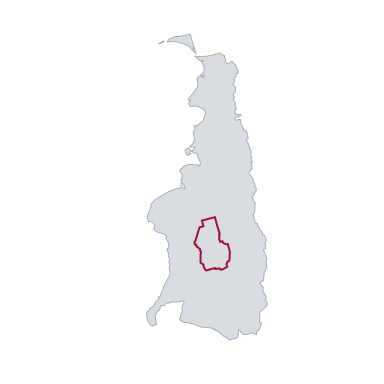 Argentina, with Córdoba highlighted, rotated 165°
{"feature_id": "ARG-1299", "entity_name": "Córdoba", "entity_type": "Province", "adm_level": 1, "iso_a3": "ARG", "parent_name": "Argentina", "parent_adm1": "", "projection": "robinson", "projection_center": [-63.644, -32.213], "detail": "fine", "context": "in_parent", "style": "outline", "palette": "rose", "viewbox_px": 384, "rotation_deg": 165, "n_neighbors": 0, "source": "natural_earth", "source_scale": "10m", "svg_char_len": 6093}
<svg xmlns="http://www.w3.org/2000/svg" viewBox="0 0 384 384"><g transform="rotate(165 192 192)"><path d="M235.9,116.5L233.7,120.2L234.2,122.8L232.1,128.8L232.6,129.9L231.0,132.8L231.5,135.9L230.6,138.8L231.0,142.6L230.3,143.7L228.9,144.0L227.9,149.2L229.0,154.2L228.0,155.1L229.8,158.8L235.5,161.9L238.4,165.2L238.5,166.5L236.9,168.5L236.7,170.2L237.5,172.5L238.9,173.9L241.7,174.8L242.0,178.1L241.5,180.1L236.1,187.5L234.9,190.7L229.9,194.0L217.1,197.8L207.2,199.2L201.6,199.0L197.8,197.4L198.1,201.6L199.9,202.8L199.0,202.9L199.8,203.6L199.3,207.1L198.1,207.7L197.2,210.5L197.3,213.0L198.4,215.0L197.2,217.0L192.9,219.0L187.9,219.5L178.5,216.3L178.9,215.7L178.4,215.5L176.8,216.2L176.2,219.0L177.3,223.3L177.0,227.0L177.5,228.3L181.0,229.7L180.7,231.2L181.8,231.4L184.3,231.0L184.6,229.8L183.3,229.4L186.6,228.4L187.8,230.0L187.9,233.8L187.4,234.8L184.8,235.5L184.0,235.3L182.6,232.6L181.3,232.1L177.7,233.5L177.3,234.4L182.6,236.3L178.7,238.4L175.6,242.0L175.6,248.5L174.9,250.4L172.8,252.1L172.4,253.4L173.1,254.1L172.9,255.3L168.7,254.9L165.8,256.9L163.2,257.6L158.4,264.9L159.2,268.5L164.7,273.7L171.5,275.1L172.3,276.8L172.1,278.8L171.3,280.1L168.8,281.2L171.0,281.2L171.9,282.3L159.9,291.6L158.4,294.3L157.8,299.9L156.9,301.1L154.4,302.1L152.7,301.0L151.4,298.9L151.5,300.6L149.2,301.2L152.0,301.3L153.3,302.6L149.6,304.6L148.6,306.4L148.2,309.0L146.8,310.5L147.9,310.1L149.1,315.1L146.2,315.5L149.8,316.3L154.0,322.0L153.7,322.4L153.5,321.8L142.8,319.3L128.5,318.9L128.6,318.1L125.2,315.1L125.8,312.9L125.2,311.1L125.8,309.4L125.3,307.3L124.0,306.7L119.5,307.8L116.6,302.3L116.7,299.3L115.8,297.4L116.5,294.9L118.9,294.8L119.5,292.1L122.4,290.1L122.4,287.6L124.2,286.2L124.6,284.9L122.8,281.7L123.9,278.2L127.0,275.5L126.6,272.1L128.3,270.4L126.8,265.9L128.5,264.0L127.6,263.0L127.5,260.6L129.3,260.0L130.3,257.4L128.4,255.1L125.1,254.4L124.9,253.1L130.9,253.0L131.6,251.2L131.1,250.0L126.6,249.5L126.5,246.9L127.4,245.3L126.5,243.6L126.8,242.1L125.6,239.9L126.7,238.8L123.6,236.5L123.5,232.7L124.1,231.7L123.6,229.7L126.3,227.8L124.9,224.1L124.9,217.0L124.4,215.1L126.0,212.3L125.1,210.3L126.3,208.9L125.7,205.3L127.1,205.0L128.0,198.7L131.4,196.9L132.1,195.6L129.5,187.7L129.6,184.7L129.1,183.4L129.7,181.6L129.0,179.1L130.0,176.1L132.4,174.8L132.5,173.8L135.0,171.7L134.7,166.7L133.6,164.1L134.8,163.1L135.6,159.3L137.3,155.2L138.9,154.5L138.5,149.8L139.0,145.6L136.9,144.8L137.3,141.8L136.6,141.1L136.1,138.0L134.6,135.2L134.5,133.9L135.3,133.1L133.7,132.0L132.6,129.5L132.8,127.1L133.0,125.5L134.7,124.3L134.4,123.2L135.7,118.3L137.4,118.1L138.2,116.3L137.3,115.4L137.5,112.5L136.7,108.3L138.2,106.2L139.5,99.7L143.3,95.1L145.9,87.9L147.9,87.8L150.1,86.2L147.8,81.4L149.2,78.5L147.7,72.2L148.1,69.8L149.4,68.5L147.9,66.1L148.3,64.1L150.4,61.9L157.6,58.5L160.4,48.8L158.9,47.1L162.8,41.4L165.6,40.4L166.7,37.5L170.4,40.3L176.7,40.4L179.9,41.5L182.2,47.1L185.5,39.6L194.2,39.3L196.0,42.1L199.3,45.1L201.7,49.3L208.9,55.9L218.1,59.1L223.8,63.5L230.4,67.2L233.7,68.1L236.2,70.7L236.8,72.6L235.3,74.2L234.2,77.1L232.4,78.7L231.6,80.6L231.7,83.0L228.2,87.7L228.3,89.4L231.8,89.0L240.2,90.9L244.3,90.8L245.7,91.6L247.9,89.5L251.5,90.3L253.9,86.5L256.2,85.8L258.8,83.2L260.0,79.9L260.7,73.0L262.1,73.5L264.4,72.5L266.5,73.9L268.2,79.7L267.7,85.3L266.6,87.6L264.0,88.8L262.6,90.4L258.6,91.6L256.3,94.6L251.3,97.8L251.5,99.4L249.9,99.3L241.3,110.9L235.9,116.5ZM152.9,344.9L152.4,325.1L155.3,329.0L154.0,328.7L153.6,330.6L155.9,331.0L157.1,333.3L162.2,337.7L169.7,342.0L177.0,343.3L175.0,345.5L167.8,346.5L163.5,345.4L152.9,344.9ZM180.0,344.7L182.2,343.9L186.5,343.8L180.8,345.3L180.0,344.7ZM201.1,200.6L201.0,201.4L199.7,200.1L201.1,200.6Z" fill="#d9dde1" stroke="#a8b0b8" stroke-width="1"/><path d="M200.1,116.2L199.8,118.6L199.8,118.8L199.8,119.0L201.6,121.0L202.0,121.6L201.9,122.1L199.8,129.8L199.7,130.1L199.3,130.5L199.0,130.8L198.9,130.9L198.9,131.0L199.0,131.3L199.0,131.5L199.0,132.0L199.0,132.6L199.1,132.8L199.2,133.0L199.3,133.1L199.3,133.3L199.2,133.5L199.1,133.8L199.0,134.1L199.0,134.8L199.2,135.1L199.4,135.2L199.6,135.5L199.9,135.7L200.1,135.8L200.4,136.7L200.4,136.8L200.6,137.2L201.2,137.6L201.3,137.7L201.4,137.8L201.5,138.1L201.5,138.4L201.5,138.7L201.6,138.8L201.8,139.0L201.8,139.3L201.7,139.3L201.7,139.5L201.6,139.8L201.9,139.8L202.0,139.8L202.3,140.3L202.4,140.7L202.5,140.7L202.5,140.8L202.7,141.0L202.8,141.0L202.8,141.3L202.8,141.5L202.6,141.8L202.6,142.0L202.6,142.5L202.6,142.8L202.6,143.0L202.4,143.2L202.2,143.5L201.9,143.7L201.7,143.7L201.3,144.0L199.5,146.9L197.1,150.8L193.9,155.9L190.1,155.9L189.8,156.2L189.8,157.8L189.8,161.8L185.3,161.8L181.1,161.8L176.4,161.8L176.4,152.0L176.0,144.9L176.0,144.7L176.3,144.3L176.3,144.2L176.6,144.1L176.8,144.0L176.8,143.9L176.7,143.7L176.7,143.4L176.9,143.0L176.9,142.9L177.0,142.8L176.9,142.6L176.9,142.4L177.2,141.8L177.2,141.7L177.3,141.6L177.3,141.3L177.3,141.2L177.4,140.9L177.4,140.7L177.5,140.5L177.6,140.4L177.7,140.2L177.7,139.8L177.9,139.4L178.0,139.1L178.0,138.8L178.0,138.7L177.9,138.4L177.8,138.1L177.7,137.7L177.6,137.3L177.6,137.1L177.7,136.8L177.6,136.5L177.6,136.4L177.4,136.3L177.2,136.3L176.4,136.5L175.6,136.6L175.4,136.6L175.4,136.4L175.4,136.0L175.4,135.9L175.2,135.6L175.1,135.3L175.1,135.2L175.1,134.9L175.0,134.7L174.9,134.6L174.7,134.4L174.5,134.1L172.3,132.7L171.9,132.5L171.6,132.4L170.9,132.4L170.9,129.9L170.9,126.7L170.8,125.0L170.9,124.4L171.4,122.8L171.5,122.5L171.7,122.1L172.3,120.1L172.4,119.9L172.4,119.6L172.6,119.0L172.7,118.6L172.8,118.5L172.9,118.2L173.0,118.0L173.7,116.0L175.4,115.5L175.8,115.3L176.5,114.5L177.3,113.5L177.4,113.4L177.4,113.2L177.2,111.0L177.3,110.7L177.8,110.5L180.2,109.9L181.6,109.5L182.5,109.3L182.8,109.3L184.4,109.7L184.5,109.7L184.5,109.8L184.5,110.1L184.5,110.3L185.2,110.7L185.3,110.8L185.4,111.0L185.5,111.0L186.0,111.1L186.2,111.3L186.3,111.3L186.9,111.4L187.0,111.4L188.0,111.3L188.7,111.5L188.8,111.5L189.0,111.4L189.2,111.5L189.2,111.9L189.2,112.0L189.3,112.0L189.6,112.1L189.7,112.4L189.7,112.5L189.8,112.5L190.0,112.6L194.5,112.6L197.2,112.5L198.6,112.6L198.9,112.9L200.1,116.2Z" fill="none" stroke="#9f1239" stroke-width="2"/></g></svg>